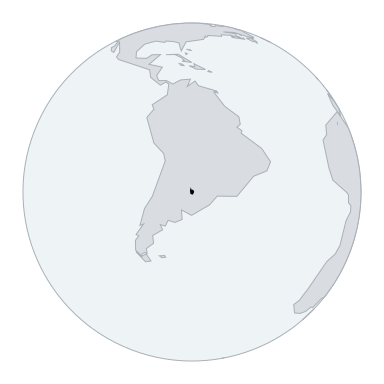 globe centered on Misiones, rotated 21°
{"feature_id": "PRY-609", "entity_name": "Misiones", "entity_type": "Department", "adm_level": 1, "iso_a3": "PRY", "parent_name": "Paraguay", "parent_adm1": "", "projection": "orthographic", "projection_center": [-57.038, -26.955], "detail": "fine", "context": "on_globe", "style": "filled", "palette": "ink", "viewbox_px": 384, "rotation_deg": 21, "n_neighbors": 0, "source": "natural_earth", "source_scale": "10m", "svg_char_len": 4092}
<svg xmlns="http://www.w3.org/2000/svg" viewBox="0 0 384 384"><g transform="rotate(21 192 192)"><circle cx="192" cy="192" r="169" fill="#eef3f6" stroke="#a8b0b8"/><path d="M138.9,31.6L139.0,31.6L150.8,28.8L149.2,29.8L150.9,30.4L154.3,29.1L154.1,28.3L160.9,26.6L160.0,26.3L162.6,25.7L163.4,25.5L170.5,24.4L174.2,24.0L173.5,24.4L175.6,24.3L181.0,23.6L184.2,24.3L194.3,25.5L194.5,26.1L186.4,27.3L174.4,27.9L163.9,31.3L176.6,28.4L176.9,30.7L179.4,31.0L182.8,30.7L185.0,29.7L186.3,30.6L174.3,33.3L172.9,32.5L176.7,31.5L171.1,32.1L163.0,34.8L163.8,36.1L150.7,40.2L151.0,41.4L148.4,43.2L148.7,40.9L148.0,45.4L132.7,53.9L131.4,64.2L126.3,57.5L120.5,58.2L113.4,60.5L113.0,62.1L104.1,64.1L94.9,70.9L89.9,80.9L91.7,87.0L101.7,83.5L105.5,78.2L113.4,75.0L106.1,88.2L119.6,86.1L117.3,95.9L121.0,100.0L128.2,97.1L135.4,98.1L141.1,91.5L150.1,87.2L149.8,95.1L155.1,87.3L159.9,90.5L178.0,89.0L176.5,90.9L191.7,100.2L208.8,105.0L212.8,111.5L210.7,115.3L216.7,116.9L216.8,119.5L241.5,126.4L254.5,135.6L254.3,145.4L243.9,155.2L235.4,180.0L217.0,186.8L213.0,197.7L199.9,214.0L188.6,212.5L192.6,221.2L187.0,226.5L179.8,227.0L179.3,233.4L174.1,233.8L178.1,237.8L170.9,246.7L174.5,253.7L169.6,261.2L172.1,265.3L169.8,265.4L167.7,267.3L167.9,269.7L160.2,266.5L156.5,257.2L158.1,252.1L155.0,251.7L158.3,239.1L155.4,241.9L153.6,224.5L156.5,210.1L155.9,172.7L151.8,166.2L138.9,160.0L123.1,138.6L126.8,128.4L123.6,124.8L134.1,110.1L131.7,99.5L128.1,98.7L124.2,103.6L112.3,99.8L108.7,93.1L75.7,94.6L73.1,92.9L74.4,87.4L70.6,77.9L69.0,89.7L66.1,89.2L65.1,86.0L67.4,83.5L69.0,78.0L67.5,78.4L71.2,73.9L80.9,64.7L91.4,56.3L102.5,48.7L114.2,42.0L126.3,36.3L138.9,31.6ZM129.8,68.3L145.3,71.1L135.8,73.5L137.7,72.0L134.0,70.4L126.7,69.8L118.6,73.1L129.8,68.3ZM138.4,60.6L135.6,60.7L138.4,60.1L138.4,60.6ZM173.6,273.8L161.1,267.9L167.9,270.4L171.4,266.2L178.4,271.1L173.6,273.8ZM184.4,263.3L189.2,261.1L190.7,262.3L187.7,264.1L184.4,263.3ZM318.1,79.6L321.6,83.8L327.1,90.6L334.0,100.4L340.1,110.6L345.4,121.3L350.1,132.3L353.9,143.6L356.9,155.1L359.1,166.9L360.4,178.7L361.0,190.7L360.6,202.6L359.5,214.5L357.5,226.3L354.6,237.8L353.1,242.9L350.9,245.3L346.1,256.6L344.2,256.9L340.8,262.8L336.4,266.6L331.1,268.2L327.3,260.6L331.1,254.5L335.3,239.8L342.8,208.5L347.9,198.6L349.3,188.9L346.1,163.6L347.1,153.8L345.3,147.9L342.0,146.1L339.4,139.1L337.1,137.2L319.3,130.5L311.3,120.6L295.7,96.5L297.1,90.2L292.9,81.5L298.7,65.0L305.0,69.2L315.2,76.4L316.3,77.6L318.1,79.6ZM299.7,61.9L299.0,61.3L302.9,66.7L299.3,65.1L292.7,60.8L283.3,51.5L292.3,56.3L289.1,53.8L280.4,48.1L283.1,49.7L299.7,61.9ZM302.6,74.8L303.9,77.0L302.6,74.8ZM178.6,88.9L180.7,90.3L177.8,90.5L178.6,88.9ZM134.1,76.6L137.5,76.1L139.2,76.9L136.5,77.7L134.1,76.6ZM164.0,72.7L168.1,73.0L163.7,73.9L164.0,72.7ZM147.8,71.5L160.7,72.8L152.1,75.7L144.0,75.2L149.8,73.8L147.8,71.5ZM136.0,64.5L138.1,64.6L137.2,65.9L136.0,64.5ZM140.4,60.2L139.5,60.5L138.7,59.7L140.4,60.2ZM177.6,30.5L178.6,30.3L181.9,30.3L180.1,30.8L177.6,30.5ZM198.3,28.5L200.0,30.0L197.5,29.1L195.3,29.7L187.3,29.0L194.1,26.4L192.5,27.5L198.3,28.5ZM178.5,27.8L182.8,28.2L177.8,27.9L178.5,27.8ZM269.4,41.8L268.5,41.4L266.4,40.3L269.4,41.8ZM277.2,46.1L276.4,45.7L276.5,45.7L277.2,46.1ZM178.3,23.6L179.4,23.5L177.2,23.7L178.3,23.6ZM211.2,24.1L211.9,24.3L204.6,23.6L200.5,23.3L211.2,24.1ZM311.2,72.3L311.2,72.2L311.2,72.3ZM279.3,336.6L280.5,335.9L281.7,335.2L279.3,336.6ZM340.8,272.0L342.3,269.0L346.1,261.2L347.9,257.1L340.8,272.0Z" fill="#d9dde1" stroke="#a8b0b8" stroke-width="1"/><path d="M191.8,193.6L191.7,193.6L191.4,193.4L191.3,193.2L191.6,192.5L191.6,192.4L191.0,192.3L190.7,191.9L190.5,191.6L190.4,191.5L190.2,190.4L190.3,190.5L190.5,190.6L190.6,190.8L190.8,190.9L191.0,190.9L191.0,191.0L191.4,191.0L191.6,190.9L191.6,190.7L191.8,190.6L191.9,190.4L192.0,190.4L192.2,190.5L192.3,190.5L192.5,190.6L192.7,190.8L192.8,190.8L192.9,191.0L193.0,191.1L193.2,191.3L193.3,192.4L193.3,192.5L193.2,192.6L193.0,192.8L192.9,192.9L192.9,193.0L193.0,193.0L193.0,193.3L193.0,193.5L192.9,193.5L192.7,193.6L192.4,193.4L192.2,193.4L191.9,193.6L191.8,193.6Z" fill="#0f172a" stroke="#020617" stroke-width="1.5"/></g></svg>